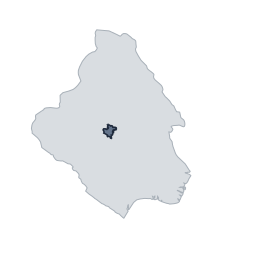 location of Kachia, Kaduna, Nigeria, rotated 304°
{"feature_id": "59680162B32850327292174", "entity_name": "Kachia", "entity_type": "district", "adm_level": 2, "iso_a3": "NGA", "parent_name": "Nigeria", "parent_adm1": "Kaduna", "projection": "equal_earth", "projection_center": [7.682, 9.854], "detail": "fine", "context": "in_parent", "style": "filled", "palette": "slate", "viewbox_px": 256, "rotation_deg": 304, "n_neighbors": 0, "source": "geoboundaries", "source_scale": "gbopen_adm2", "svg_char_len": 6020}
<svg xmlns="http://www.w3.org/2000/svg" viewBox="0 0 256 256"><g transform="rotate(304 128 128)"><path d="M191.9,47.2L197.9,58.0L199.2,66.1L199.7,70.1L200.7,70.6L202.5,70.8L203.9,71.6L204.7,72.9L205.2,74.1L205.3,74.9L204.9,79.7L204.5,81.5L204.8,83.9L204.7,84.9L204.5,85.6L203.7,86.4L202.6,87.2L199.9,89.5L199.2,89.8L198.0,89.9L197.1,90.5L195.9,91.7L193.5,96.3L191.4,101.0L189.9,108.6L188.0,110.9L187.7,113.0L187.4,117.8L187.1,119.2L186.8,119.6L184.8,120.5L183.7,121.6L183.0,123.7L182.1,131.0L181.8,132.2L181.1,133.5L180.1,134.8L179.2,135.6L176.9,136.1L174.7,141.6L174.7,142.5L173.7,147.5L172.0,151.3L171.9,153.7L169.8,157.0L168.7,159.2L169.9,161.6L170.0,162.0L166.3,165.9L166.1,166.5L165.9,169.3L165.7,170.0L165.0,171.1L164.0,172.2L163.0,173.0L161.9,173.6L160.8,173.8L160.2,173.5L159.8,172.7L159.2,169.3L158.9,168.6L158.2,167.9L155.3,164.2L153.6,162.9L153.3,163.0L153.0,163.3L152.5,165.2L152.0,165.9L151.1,166.1L149.6,166.2L148.4,165.9L148.2,165.5L147.6,164.1L144.1,167.4L142.9,168.2L141.3,172.2L139.1,174.2L137.6,175.9L133.6,181.4L132.7,183.0L131.9,185.4L130.2,195.6L127.4,202.0L127.0,203.4L126.8,203.3L126.5,203.9L125.4,203.5L124.9,202.3L124.2,202.1L123.1,200.4L122.8,200.7L124.0,205.1L123.6,206.8L120.1,206.9L117.2,207.4L115.1,207.4L114.1,206.8L113.6,205.1L113.5,205.3L113.4,206.2L112.7,206.9L110.4,207.0L109.4,205.9L108.6,204.6L107.7,204.0L107.9,204.6L108.9,205.8L108.7,207.6L106.9,209.6L105.7,209.8L105.0,208.9L104.6,207.4L104.4,205.3L104.0,203.9L103.7,203.9L104.0,206.2L104.0,208.4L104.9,210.1L103.6,210.6L101.9,210.6L101.7,210.0L101.5,208.6L101.3,208.3L100.9,210.6L97.6,211.3L97.1,211.2L97.0,210.7L97.3,210.1L97.2,209.0L96.5,209.8L96.4,211.5L96.0,211.7L94.7,211.5L93.3,210.7L91.1,208.6L88.3,205.2L87.9,203.7L87.1,201.9L85.7,196.8L85.9,196.6L86.6,196.8L86.9,196.4L85.7,196.0L85.5,195.6L85.4,194.5L85.5,193.1L87.2,192.4L87.6,191.6L87.9,190.7L85.7,192.0L83.7,190.6L83.3,189.7L83.5,189.0L85.8,189.0L86.6,188.3L86.1,188.1L85.3,188.1L84.9,187.7L85.0,186.6L84.7,186.9L84.3,187.8L82.9,188.5L82.2,187.8L82.1,186.3L81.9,185.6L81.3,185.1L78.9,181.1L75.9,177.7L73.3,175.4L69.4,174.3L61.0,174.4L60.6,174.0L61.1,173.5L61.8,173.2L64.5,171.3L64.0,171.0L61.3,172.2L60.3,172.3L59.1,174.6L50.9,175.0L50.9,174.0L51.3,171.1L51.8,169.0L51.2,166.6L51.1,164.3L51.5,163.7L51.6,162.8L51.5,157.1L52.0,156.2L52.0,155.7L51.1,153.2L51.2,151.3L51.0,149.5L50.7,148.7L51.1,141.7L51.0,140.0L51.2,138.8L51.4,135.8L51.4,132.8L52.0,128.2L55.5,127.6L56.3,125.7L56.8,123.4L56.7,121.1L57.8,119.1L59.2,117.4L59.2,115.4L59.5,114.8L60.2,114.4L61.1,114.1L62.2,113.2L62.8,111.5L63.3,108.8L62.5,106.9L62.5,106.5L62.8,105.4L63.4,104.4L63.8,104.1L64.8,104.4L65.2,104.0L65.8,101.0L65.8,100.2L64.8,98.2L64.3,92.8L64.1,92.0L63.3,91.1L61.4,87.3L61.4,85.5L62.3,83.1L62.8,82.0L63.6,81.4L63.7,80.9L63.5,80.2L63.1,79.7L63.0,78.7L63.4,77.3L63.3,75.7L63.6,67.5L65.1,65.9L67.5,63.3L68.7,60.5L69.3,58.4L70.1,51.4L71.3,50.7L73.6,48.2L76.8,46.7L78.8,46.2L82.4,46.5L84.2,46.3L85.8,44.9L86.5,44.5L87.4,44.3L96.3,47.9L97.1,47.7L97.8,48.0L98.9,48.9L101.6,52.3L104.3,57.5L105.2,58.6L106.0,59.2L106.9,59.5L107.6,59.4L108.2,58.9L109.1,57.9L110.4,57.4L111.4,57.5L117.0,53.5L117.5,53.5L120.9,54.3L125.6,58.3L129.4,61.0L132.1,61.9L135.2,62.5L140.6,62.7L144.6,57.0L146.1,55.8L147.9,54.7L151.6,53.7L157.8,52.9L163.7,53.3L167.3,54.2L171.1,56.1L172.8,57.8L175.4,58.1L177.2,57.8L177.8,56.0L179.7,53.7L182.5,51.6L184.7,50.1L186.6,49.5L188.2,47.8L189.6,47.2L191.9,47.2ZM110.6,209.3L109.4,209.8L108.6,209.7L109.7,207.4L110.3,207.9L111.0,208.1L110.6,209.3Z" fill="#d9dde1" stroke="#a8b0b8" stroke-width="1"/><path d="M110.0,119.9L110.3,119.9L110.5,120.0L110.7,119.8L110.7,119.5L110.7,119.2L110.8,119.0L111.1,118.9L111.3,118.9L111.5,118.9L112.0,118.8L112.2,118.7L112.4,118.7L112.5,118.4L112.8,118.5L113.0,118.5L113.0,118.4L113.1,118.5L113.3,118.7L113.4,118.8L113.5,118.7L113.8,118.7L114.0,118.9L114.3,118.8L114.4,118.7L114.7,118.6L114.8,118.4L115.0,118.3L115.2,118.1L115.3,118.0L115.6,118.2L115.8,118.3L116.0,118.5L116.1,118.4L116.3,118.4L116.4,118.0L116.5,117.9L116.5,117.5L116.5,117.3L116.5,117.2L116.8,117.2L117.2,117.6L117.4,117.7L117.5,117.1L117.6,116.9L117.8,116.9L118.0,116.9L118.0,117.2L118.2,117.3L118.4,117.2L118.5,117.4L118.5,117.5L118.7,117.9L118.8,117.8L119.0,117.8L119.2,118.0L119.3,118.2L119.4,118.3L119.5,118.4L119.6,118.5L119.8,118.7L119.8,118.8L119.8,119.0L120.0,119.0L120.4,119.0L120.5,118.9L120.8,118.9L120.9,118.7L121.0,118.5L120.9,118.4L121.0,118.2L121.3,118.1L121.2,118.0L121.4,117.8L121.5,117.6L121.4,117.5L121.5,117.3L121.4,117.2L121.2,117.1L121.2,116.9L121.2,116.7L120.9,116.6L120.8,116.4L120.7,116.2L120.8,115.8L120.7,115.7L120.3,115.5L120.1,115.4L120.0,115.1L120.3,114.8L120.3,114.7L120.5,114.5L120.5,114.3L120.6,114.2L120.9,114.0L120.9,113.5L120.8,113.2L120.7,113.0L120.7,112.9L120.6,113.1L120.5,112.9L120.5,112.7L120.4,112.6L119.9,112.4L120.0,112.0L120.0,111.9L120.1,111.3L120.1,110.9L119.9,110.7L119.7,110.5L119.7,110.3L119.5,110.2L119.5,109.9L119.7,109.5L119.4,109.5L119.1,109.3L119.0,109.7L118.9,109.7L118.5,110.1L118.4,110.4L118.1,110.4L117.9,110.3L117.7,110.3L117.4,110.4L117.3,110.6L117.1,110.7L117.2,110.9L117.2,111.0L117.2,111.6L116.9,111.6L116.7,111.6L116.6,111.8L116.4,111.8L116.3,111.3L116.1,111.2L115.8,111.3L115.7,111.5L115.3,111.3L114.9,111.3L114.8,110.8L115.0,110.9L114.8,109.9L114.5,109.8L114.1,108.7L113.8,108.4L113.6,108.2L113.4,108.2L112.9,108.3L112.5,108.4L112.4,108.8L112.1,109.1L112.0,109.3L112.0,109.6L111.8,109.8L111.6,110.1L111.4,110.2L111.3,110.3L111.2,110.4L111.1,110.5L110.9,110.5L110.7,110.6L110.5,110.9L110.4,110.8L110.2,110.8L110.2,111.0L110.3,111.1L110.4,111.3L110.4,111.6L110.4,111.8L110.4,112.0L110.5,112.3L110.5,112.6L110.5,112.9L110.5,113.0L110.6,113.5L110.6,113.8L110.6,114.1L110.5,114.3L110.6,114.5L110.6,114.9L110.6,115.0L110.4,115.3L110.2,115.3L110.1,115.2L109.8,115.2L109.7,115.3L109.5,115.6L109.4,115.8L109.6,115.9L109.7,116.1L110.1,116.6L110.4,117.0L110.5,117.4L110.6,117.7L110.7,118.1L110.6,118.3L110.1,118.7L110.0,119.0L109.8,119.2L110.0,119.7L110.0,119.9Z" fill="#64748b" stroke="#1e293b" stroke-width="1.5"/></g></svg>